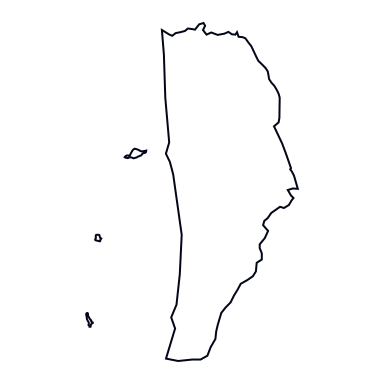 Yan, Kedah, Malaysia (Robinson projection)
{"feature_id": "92858781B20286936830399", "entity_name": "Yan", "entity_type": "district", "adm_level": 2, "iso_a3": "MYS", "parent_name": "Malaysia", "parent_adm1": "Kedah", "projection": "robinson", "projection_center": [100.352, 5.848], "detail": "fine", "context": "isolated", "style": "outline", "palette": "ink", "viewbox_px": 384, "rotation_deg": 0, "n_neighbors": 0, "source": "geoboundaries", "source_scale": "gbopen_adm2", "svg_char_len": 2638}
<svg xmlns="http://www.w3.org/2000/svg" viewBox="0 0 384 384"><path d="M291.0,168.2L285.9,153.5L282.1,143.4L274.0,126.3L278.6,122.4L279.4,117.8L279.7,97.7L278.6,93.7L276.7,89.8L274.3,85.8L271.3,82.5L269.1,79.1L268.3,74.2L267.8,71.5L265.6,68.1L262.1,64.5L258.3,60.8L256.2,56.6L251.3,46.2L248.4,42.5L245.4,38.3L242.4,37.1L238.6,36.8L237.0,32.2L235.4,34.6L231.9,34.3L229.0,32.3L228.4,31.9L224.3,33.7L217.6,34.9L211.3,32.5L206.5,34.6L203.0,30.0L205.1,25.8L203.5,23.0L199.2,24.3L194.9,29.7L192.4,29.1L187.9,28.5L184.9,31.0L180.3,32.2L175.7,33.1L172.2,35.8L168.9,34.3L161.9,30.0L163.9,54.7L165.3,97.9L169.2,142.5L165.9,153.7L169.9,161.9L173.2,174.5L181.7,234.8L179.8,274.2L176.5,304.7L171.2,317.4L175.1,328.5L166.0,358.6L178.2,361.0L192.6,359.5L200.6,359.5L207.4,355.7L210.7,347.1L215.4,339.0L216.2,331.4L217.9,324.3L221.3,312.9L225.5,307.6L230.6,302.4L233.9,295.7L237.7,289.5L240.7,283.8L247.4,280.0L252.9,276.2L255.9,271.4L256.7,262.8L261.8,259.5L261.8,253.3L259.7,248.1L259.7,244.3L264.8,238.1L268.1,230.9L263.1,225.2L264.3,220.9L267.7,218.1L271.3,212.9L276.2,209.5L280.0,206.8L284.0,208.0L288.9,205.0L291.6,200.4L293.5,198.0L291.0,195.5L287.8,190.0L292.7,188.5L297.8,188.8L294.0,175.7L291.8,171.4L290.2,169.3L291.0,168.2ZM140.2,151.0L139.2,150.2L136.7,149.2L134.6,148.7L133.0,149.8L132.1,151.2L131.3,152.5L130.6,153.9L130.0,155.2L128.6,155.6L127.7,155.4L126.6,155.6L125.5,156.2L124.7,157.2L125.6,157.7L126.9,157.9L127.8,158.1L129.3,157.5L130.0,157.2L131.7,157.5L133.5,158.3L136.5,157.5L138.0,156.6L140.2,155.8L141.4,155.2L142.2,153.9L143.5,153.1L144.9,152.9L146.0,152.1L146.2,150.6L144.6,151.0L143.1,151.2L141.8,151.4L140.2,151.0ZM90.6,326.6L90.7,325.6L90.8,325.1L91.1,324.3L91.4,324.0L91.8,323.6L92.1,323.3L92.4,323.1L92.8,322.9L92.6,322.3L92.2,322.2L91.8,322.0L91.3,321.7L91.2,321.2L91.3,320.6L91.1,320.2L90.7,320.1L90.2,319.3L89.7,318.7L89.3,318.1L89.1,317.5L88.7,316.9L88.4,316.4L88.1,315.9L88.0,315.4L88.0,314.9L88.0,314.3L87.9,313.9L87.9,313.4L87.4,313.0L87.1,313.0L86.6,313.3L86.3,313.6L86.3,314.1L86.2,314.8L86.3,315.5L86.6,316.0L86.7,316.6L86.8,317.1L86.7,317.7L87.1,319.6L87.5,320.2L87.8,320.9L88.1,321.4L88.5,322.0L88.7,322.5L88.8,323.3L88.8,323.8L88.6,324.4L88.5,325.1L88.8,325.4L89.2,325.4L89.5,326.0L89.5,326.7L90.5,326.8L90.6,326.6ZM98.9,234.8L98.2,234.8L96.8,234.8L96.1,234.9L95.8,235.6L95.7,236.2L95.8,237.2L95.9,237.7L95.8,238.2L95.5,239.0L95.2,239.3L95.2,239.9L95.8,240.4L96.5,240.5L97.9,240.9L98.3,240.9L99.4,241.3L99.9,241.3L100.3,240.8L100.4,240.1L100.4,239.4L100.9,239.1L101.3,238.5L100.9,238.2L100.1,237.6L99.8,237.0L99.7,236.3L99.5,235.6L99.4,235.1L98.9,234.8Z" fill="none" stroke="#020617" stroke-width="2"/></svg>